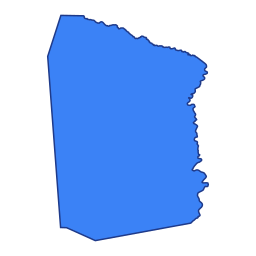 outline of Baganuur, Govĭ-Sümber, Mongolia
{"feature_id": "93677404B2463849994891", "entity_name": "Baganuur", "entity_type": "district", "adm_level": 2, "iso_a3": "MNG", "parent_name": "Mongolia", "parent_adm1": "Govĭ-Sümber", "projection": "equal_earth", "projection_center": [108.426, 47.827], "detail": "fine", "context": "isolated", "style": "filled", "palette": "blue", "viewbox_px": 256, "rotation_deg": 0, "n_neighbors": 0, "source": "geoboundaries", "source_scale": "gbopen_adm2", "svg_char_len": 5712}
<svg xmlns="http://www.w3.org/2000/svg" viewBox="0 0 256 256"><path d="M151.8,43.3L151.0,43.1L150.3,42.9L149.9,42.5L149.7,42.0L149.3,41.9L149.1,41.0L148.4,40.6L148.1,40.1L148.0,39.7L147.6,39.4L147.2,39.4L146.7,39.3L146.4,39.0L146.3,38.7L146.4,38.4L146.5,38.2L146.4,37.9L145.9,37.4L145.5,37.5L145.0,37.4L144.0,37.1L143.7,36.7L143.2,36.4L142.4,36.2L142.0,36.2L141.6,36.2L141.5,36.4L141.2,36.6L140.8,36.7L140.8,37.1L140.4,37.4L139.9,37.5L139.2,37.6L139.0,37.8L138.9,38.1L138.7,38.2L138.2,38.2L138.0,38.4L137.7,38.6L137.3,38.6L136.7,38.3L136.2,38.4L135.9,38.5L135.4,38.5L135.1,38.3L134.8,38.0L134.2,37.0L133.6,36.6L133.4,36.6L133.1,36.7L132.9,36.3L132.5,35.9L131.9,35.3L131.1,34.9L129.7,33.7L128.8,32.9L128.5,32.2L127.7,31.9L127.2,31.6L126.7,31.1L126.3,30.8L126.0,30.2L125.4,30.0L125.1,29.4L124.5,29.1L124.2,28.8L123.9,28.6L123.6,28.3L123.1,28.0L121.7,28.0L120.8,28.0L120.6,28.1L120.2,28.3L120.1,28.5L119.8,28.6L119.3,28.8L118.8,28.8L118.4,28.4L118.3,27.9L117.3,27.1L117.3,26.5L117.4,26.3L117.4,26.0L116.5,25.2L115.8,24.8L115.2,24.8L114.4,24.9L113.2,24.8L112.1,25.0L111.3,25.4L110.8,25.5L110.1,25.4L109.8,25.5L109.1,26.1L108.5,26.2L108.0,26.1L107.6,25.7L106.5,25.7L105.6,25.2L104.7,24.4L103.1,22.6L102.3,22.0L101.6,21.8L101.0,21.8L100.1,22.3L99.3,23.0L99.2,22.9L98.5,23.1L97.9,23.1L95.9,22.2L94.6,20.9L93.9,20.3L91.7,20.0L90.7,19.6L89.4,19.7L88.5,19.4L87.7,19.4L87.2,19.1L87.2,18.8L87.1,18.6L86.1,18.7L85.4,18.5L85.0,18.4L84.4,17.8L84.2,17.2L84.3,16.8L84.0,16.4L83.8,15.9L83.5,15.8L60.9,15.4L47.7,56.4L60.6,227.5L66.6,227.7L95.3,240.6L190.8,223.1L193.1,220.8L194.2,220.1L195.1,219.2L195.8,218.5L196.5,218.2L197.2,218.1L197.7,217.8L198.1,217.3L198.1,216.6L198.6,216.3L199.2,216.2L199.8,215.7L200.0,215.3L199.9,214.7L199.2,213.3L198.7,212.0L198.5,211.0L198.6,210.3L199.1,209.4L200.0,208.6L200.4,208.1L201.4,207.3L202.3,205.8L202.4,204.6L202.2,203.8L201.5,202.8L200.0,201.6L199.7,201.3L199.3,200.6L199.1,199.0L198.6,197.9L197.8,196.5L197.5,195.7L197.5,195.0L197.7,193.6L198.1,192.9L199.3,192.1L202.0,190.8L203.4,189.8L203.8,188.6L204.7,187.0L205.5,186.4L207.0,186.6L207.6,186.4L207.9,186.1L208.3,184.4L207.8,183.0L206.6,182.8L203.5,182.9L202.8,182.8L202.3,182.5L202.1,182.2L202.2,181.8L202.9,180.9L203.6,179.9L204.4,179.1L205.0,178.5L205.5,178.0L206.2,176.9L206.3,176.3L205.9,175.5L205.0,174.1L204.0,172.9L202.6,172.3L201.5,172.1L200.6,171.6L198.8,170.4L197.9,170.0L197.0,169.9L196.2,170.0L194.7,170.7L194.0,170.9L193.0,170.5L192.4,170.2L192.2,169.7L192.4,169.2L192.8,168.9L193.5,167.4L194.6,165.8L195.6,164.7L196.5,163.6L197.5,162.8L198.4,162.4L199.5,162.1L201.5,160.6L201.6,160.1L201.6,159.5L201.1,158.9L200.4,158.7L199.1,158.5L198.2,158.3L197.9,158.0L197.9,157.2L198.0,156.5L198.2,156.3L199.0,156.0L199.4,155.6L199.6,155.1L199.6,154.7L199.1,154.6L198.6,154.3L198.2,152.8L198.1,151.6L198.2,150.3L197.8,149.7L197.9,148.0L198.1,146.9L198.4,145.9L197.5,144.4L197.1,143.9L197.4,143.0L197.4,142.1L197.0,141.5L195.8,141.1L195.0,140.8L194.6,140.5L194.4,140.1L194.3,139.4L194.6,138.3L195.1,137.7L195.6,137.3L196.2,137.2L197.1,137.0L197.3,136.8L197.3,136.3L196.9,134.7L196.9,133.8L196.7,133.1L196.0,132.4L195.6,131.6L195.6,130.5L196.8,127.8L197.4,126.7L197.5,126.2L197.4,125.9L196.8,125.2L196.1,124.7L195.0,124.0L194.0,123.6L193.6,123.2L193.4,122.7L193.8,122.2L195.0,121.3L194.9,121.0L195.0,120.8L196.6,119.7L196.1,118.7L194.8,117.4L194.6,117.0L194.6,116.7L195.0,116.0L195.4,115.3L195.6,114.5L195.4,113.8L194.6,112.8L194.2,111.9L193.7,111.2L193.4,110.6L193.2,109.9L193.0,109.3L193.1,108.5L193.4,108.0L194.2,107.4L195.0,106.7L194.7,105.9L194.3,104.8L193.8,104.4L193.0,104.3L191.3,104.5L191.1,104.8L190.8,105.1L190.5,105.3L189.1,105.3L188.2,105.1L187.7,104.8L187.4,104.2L187.3,103.5L187.7,102.8L188.7,102.1L189.5,101.5L190.0,100.7L190.0,100.0L189.7,99.0L188.7,98.0L188.7,97.8L188.8,97.7L189.2,97.7L189.6,97.8L190.3,98.1L191.1,98.2L191.6,98.0L192.3,97.3L192.7,96.4L192.7,95.6L192.5,95.0L191.9,94.8L191.4,94.7L191.1,94.4L191.2,94.2L191.3,94.1L191.7,93.9L192.5,93.6L193.5,93.6L194.4,92.9L195.0,92.2L195.3,91.5L195.2,90.3L195.1,89.5L195.2,88.9L195.4,88.7L197.7,87.6L199.5,86.6L199.7,86.2L199.8,85.4L200.0,85.1L200.4,84.6L200.5,83.8L200.7,83.2L200.7,82.5L200.3,81.8L200.3,81.4L200.5,81.2L201.1,80.8L201.7,80.6L203.0,80.1L204.1,79.4L204.6,78.8L204.7,78.0L204.5,77.4L203.2,76.2L203.0,75.7L203.1,75.2L203.4,74.7L204.3,74.4L205.4,74.2L206.4,73.8L207.1,73.4L207.3,72.9L207.3,72.2L206.8,71.6L206.2,71.4L205.6,71.2L205.1,70.8L204.7,70.3L204.6,69.6L204.7,68.9L205.6,67.9L206.4,67.2L206.5,66.9L206.5,65.9L206.1,64.6L205.2,63.7L204.4,63.0L196.5,57.0L196.2,56.9L195.7,56.8L195.4,56.7L195.1,56.4L194.9,56.1L194.9,55.7L194.6,55.6L194.3,55.5L193.3,55.6L193.2,55.5L193.1,55.3L193.0,55.2L192.8,55.1L191.6,55.6L191.1,55.6L190.3,55.5L190.1,55.3L190.1,54.7L189.9,54.6L189.7,54.6L189.3,54.3L189.1,54.3L188.7,54.8L188.1,54.8L188.0,54.4L188.5,53.8L188.6,53.6L188.5,53.3L188.2,53.1L187.6,52.9L186.3,52.5L185.7,52.2L185.4,51.9L185.2,51.6L184.8,51.5L184.5,51.6L184.1,51.8L183.6,52.0L183.2,52.0L183.0,51.8L182.9,51.5L182.7,51.4L182.4,51.5L181.8,51.5L181.6,51.2L181.4,50.5L181.2,50.2L180.7,50.2L180.3,50.2L179.5,50.4L178.5,50.6L177.7,50.5L177.2,50.4L176.9,50.2L176.2,50.1L175.9,49.9L175.5,49.7L175.3,49.4L175.4,48.9L175.1,48.4L174.8,48.1L174.3,48.0L173.6,48.3L172.6,48.6L172.0,48.7L170.9,48.8L170.3,48.5L170.0,48.1L170.0,47.7L169.9,47.3L169.1,47.0L168.6,47.0L168.1,47.2L167.5,47.4L166.7,47.2L165.8,47.3L165.1,47.3L164.5,47.4L163.9,47.4L163.6,47.1L163.3,46.9L163.0,46.9L162.6,46.8L162.5,46.3L162.2,46.1L161.5,45.9L159.3,45.9L158.7,46.1L158.2,46.2L157.6,45.9L157.2,45.5L156.8,45.3L155.8,45.5L155.4,45.4L154.8,45.5L154.2,45.5L153.8,45.3L153.7,45.0L153.8,44.6L153.5,44.5L152.9,44.5L152.3,44.0L151.8,43.3Z" fill="#3b82f6" stroke="#1e3a8a" stroke-width="1.5"/></svg>